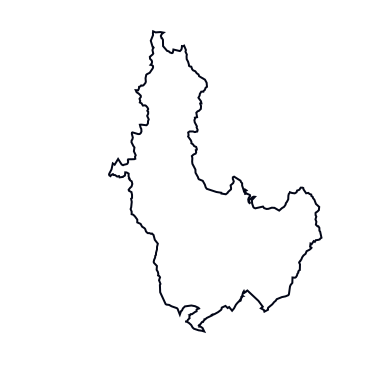 the district of Panticeu, Cluj, Romania, rotated 45°
{"feature_id": "2599482B63681333603727", "entity_name": "Panticeu", "entity_type": "district", "adm_level": 2, "iso_a3": "ROU", "parent_name": "Romania", "parent_adm1": "Cluj", "projection": "albers", "projection_center": [23.537, 47.044], "detail": "fine", "context": "isolated", "style": "outline", "palette": "ink", "viewbox_px": 384, "rotation_deg": 45, "n_neighbors": 0, "source": "geoboundaries", "source_scale": "gbopen_adm2", "svg_char_len": 6080}
<svg xmlns="http://www.w3.org/2000/svg" viewBox="0 0 384 384"><g transform="rotate(45 192 192)"><path d="M299.3,282.0L295.6,280.7L293.0,281.2L292.4,282.0L292.0,281.6L291.3,281.7L291.1,280.8L291.4,280.1L291.3,278.7L291.0,277.0L291.7,276.0L291.2,274.8L291.4,273.9L290.8,273.2L291.4,272.3L291.5,270.6L293.5,264.9L292.9,264.8L293.3,263.7L294.2,262.7L295.4,258.5L295.9,254.9L295.7,254.0L294.8,252.7L296.2,248.9L299.3,248.8L299.6,247.1L304.3,247.6L304.0,244.5L302.8,240.8L302.6,239.1L302.5,236.8L303.2,234.4L302.3,232.9L302.1,233.4L301.7,231.0L301.1,231.2L301.0,230.1L301.5,229.5L300.7,229.6L299.1,226.8L298.8,225.4L299.5,225.7L300.0,226.8L300.4,226.3L300.3,225.3L300.7,224.6L300.5,223.9L300.8,222.5L316.0,222.0L323.2,223.1L323.0,225.5L326.2,224.6L327.8,225.4L329.0,221.5L327.9,220.5L327.7,219.9L328.2,214.7L327.9,211.6L328.1,209.8L327.7,207.9L329.9,202.7L331.9,199.7L333.1,196.8L332.8,195.7L328.1,189.5L327.5,188.0L327.2,185.3L323.5,181.4L325.4,179.8L325.7,178.8L325.3,176.9L324.3,175.1L324.2,173.9L323.3,172.9L323.2,171.4L323.4,170.9L319.5,166.8L317.7,166.2L317.4,165.7L317.5,164.5L317.2,164.3L317.1,162.6L316.1,160.3L315.7,158.1L316.0,155.4L314.9,152.8L315.9,149.8L316.1,147.3L315.9,146.9L314.2,147.2L312.3,144.7L313.5,144.4L312.8,140.7L314.1,140.4L313.6,138.6L315.3,136.3L315.8,135.2L315.6,134.2L315.9,132.8L310.6,129.4L309.5,129.3L307.4,127.3L305.6,126.9L305.1,127.5L302.7,127.5L301.0,125.1L298.6,124.0L297.3,121.5L295.8,121.0L294.2,119.5L294.1,119.1L294.5,117.2L294.5,115.1L292.5,112.6L288.1,112.8L283.9,110.9L282.1,110.8L280.7,110.1L279.3,110.4L278.1,109.5L276.5,110.3L274.9,110.4L273.6,112.2L269.0,111.3L267.8,110.5L267.1,110.8L265.8,112.1L266.3,114.3L266.1,115.2L265.3,116.6L266.1,118.3L265.6,120.3L263.4,122.0L261.4,122.9L261.7,123.4L261.8,124.9L262.8,126.5L265.2,129.1L266.1,131.9L266.3,133.6L267.1,134.7L267.6,137.3L267.0,139.9L266.8,143.5L261.5,144.9L259.5,146.7L257.9,149.9L256.7,151.3L254.4,152.4L252.5,152.1L248.3,158.8L247.0,159.3L246.1,159.3L242.8,157.7L240.4,155.7L240.1,155.2L239.9,150.9L239.0,151.6L238.5,152.8L238.1,157.4L238.4,158.1L240.6,158.7L240.5,159.2L239.0,159.0L237.0,157.5L236.2,155.8L236.0,153.8L235.0,153.2L231.9,154.4L231.1,155.5L230.7,154.8L230.1,155.3L228.8,155.0L229.4,152.4L227.5,152.8L227.5,154.3L222.9,152.0L221.3,150.4L219.6,150.3L218.3,149.7L210.9,151.4L210.5,152.7L211.6,153.9L214.0,154.9L214.8,156.6L214.6,160.0L216.9,161.6L217.7,162.6L217.5,166.2L217.8,167.5L217.5,169.7L213.9,172.3L213.3,171.8L209.3,174.7L200.2,179.3L198.4,179.0L195.9,177.7L191.7,176.5L187.9,178.1L187.0,178.0L185.8,177.3L180.9,175.9L178.5,173.7L172.4,171.8L170.6,170.4L168.2,167.7L166.5,166.7L166.6,164.4L167.4,162.3L166.9,161.0L165.1,159.7L165.5,159.0L165.2,158.3L163.1,157.2L161.0,158.0L159.1,157.6L157.1,158.0L156.4,157.1L154.7,156.3L150.0,155.5L149.4,154.2L147.2,152.6L147.5,150.9L150.0,148.4L151.4,147.8L152.2,146.9L152.3,146.0L152.9,145.5L152.1,144.1L149.6,143.1L149.0,142.1L144.7,140.8L142.9,139.5L142.2,137.9L141.5,137.4L142.7,135.5L139.0,132.9L138.9,131.0L139.5,129.7L139.5,127.0L137.6,124.8L135.2,123.7L135.1,123.3L135.9,122.6L134.2,121.5L129.9,120.8L129.2,118.4L128.2,117.1L127.6,114.5L129.0,113.1L128.7,112.8L128.9,110.9L127.9,108.6L128.2,107.0L125.1,104.4L121.7,103.4L115.2,105.1L113.5,104.3L111.4,104.7L109.0,104.3L106.7,105.2L105.4,105.1L102.9,103.9L101.7,104.7L100.6,104.9L99.9,104.2L97.0,102.6L94.3,101.8L92.1,99.8L91.2,98.5L88.2,97.4L87.3,95.9L82.9,94.1L82.6,95.2L81.7,95.9L83.1,97.6L83.8,98.9L83.8,100.9L78.1,104.4L79.4,106.2L79.9,107.4L79.6,108.0L77.8,108.9L76.0,109.0L74.6,109.8L68.4,109.3L63.8,104.9L61.8,104.4L61.6,104.7L59.6,103.7L58.9,101.6L59.2,99.4L56.6,101.2L53.4,104.9L50.9,105.9L52.0,107.3L53.5,108.6L55.9,114.2L61.5,117.2L61.9,116.9L62.8,117.1L63.0,118.3L63.7,119.6L66.7,121.5L66.9,122.5L66.6,126.2L68.2,127.5L70.5,127.5L71.8,128.3L72.6,129.5L72.8,131.4L73.9,130.7L75.2,130.5L76.1,131.1L76.8,132.3L77.8,137.6L76.8,140.7L76.8,141.5L78.7,144.4L81.4,146.7L81.9,147.7L82.2,150.4L82.0,151.6L80.7,152.6L80.9,153.7L80.2,155.0L81.4,156.5L82.0,158.2L80.2,159.8L82.3,160.6L84.8,160.1L87.6,160.1L88.6,160.9L89.0,163.2L91.0,164.2L91.8,165.6L93.6,165.0L96.2,165.6L97.4,164.0L98.4,163.6L100.5,163.7L102.2,164.2L102.5,164.5L103.0,166.2L104.2,166.2L105.7,167.7L106.5,169.9L110.0,171.2L110.8,173.0L112.3,174.6L112.7,176.1L112.5,177.1L108.3,180.4L107.6,181.3L109.9,182.7L111.6,183.3L113.5,185.0L114.1,186.6L114.0,188.0L113.0,189.1L107.8,191.9L107.6,192.5L108.4,193.5L111.6,195.3L112.6,196.9L112.9,198.3L114.0,199.6L117.9,200.9L119.8,201.2L122.1,204.3L126.2,205.8L126.8,207.4L128.4,208.6L127.9,209.7L123.8,214.0L124.0,214.7L125.7,216.0L126.3,217.5L126.2,218.3L124.6,220.9L124.3,221.8L122.8,222.3L116.4,220.9L118.0,227.4L115.8,227.8L119.1,232.9L120.6,237.7L121.1,238.4L121.9,238.7L123.1,238.4L122.8,237.6L123.3,236.4L123.2,235.7L123.6,235.2L124.7,235.3L125.7,234.4L128.2,234.0L129.1,232.4L130.4,232.9L132.5,230.2L132.4,229.6L132.9,228.1L132.7,227.4L130.9,225.3L132.0,224.4L134.2,223.8L136.1,225.8L138.6,226.8L138.4,227.2L139.9,227.5L141.8,227.1L144.1,228.5L145.4,230.9L145.3,232.6L145.6,235.2L146.5,235.7L149.3,234.9L151.6,236.4L153.8,238.6L153.7,239.8L156.4,241.6L159.8,245.8L160.7,247.5L163.3,248.6L165.0,250.4L166.6,249.6L168.9,249.6L172.8,250.2L174.8,252.2L178.2,250.9L181.2,251.8L183.9,251.2L185.1,251.3L187.3,252.4L188.6,252.5L189.9,252.3L191.1,251.1L192.7,250.5L193.0,249.7L195.2,249.6L199.5,252.1L204.4,252.7L206.1,255.6L207.8,257.3L209.6,260.5L211.0,262.0L211.1,263.0L212.3,264.5L213.2,266.8L214.4,268.6L215.4,269.0L219.5,269.1L222.0,272.0L224.3,272.6L226.2,273.8L227.0,275.0L228.1,274.6L229.7,274.9L231.1,277.7L234.7,279.3L235.0,280.4L240.4,285.4L252.6,289.9L253.5,289.7L255.7,288.0L258.3,287.3L263.5,284.8L264.4,284.8L270.1,287.3L268.5,284.0L268.7,282.9L267.9,280.7L267.9,277.9L271.8,272.7L274.9,270.6L278.5,269.3L279.3,269.4L278.4,271.4L278.4,271.9L279.6,273.1L279.0,274.7L278.4,278.3L277.4,279.4L277.7,280.1L277.3,280.8L277.6,280.8L278.5,282.3L279.5,282.9L279.5,285.3L280.0,287.0L278.7,288.4L280.2,287.4L282.2,286.8L285.4,286.6L288.3,287.4L290.1,287.3L294.5,285.1L297.0,283.2L299.3,282.0Z" fill="none" stroke="#020617" stroke-width="2"/></g></svg>